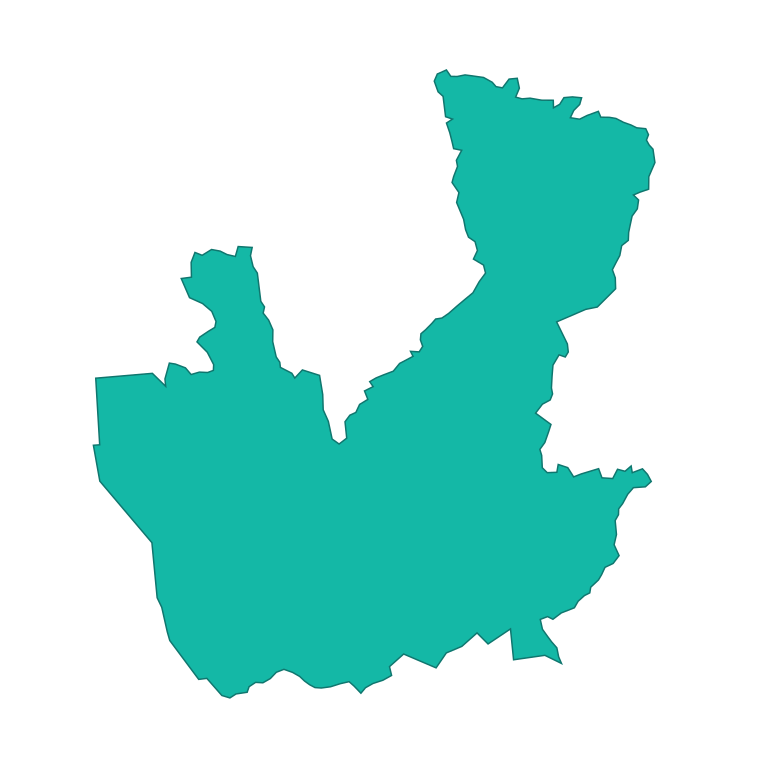 outline of Sinimbu, Rio Grande do Sul, Brazil, rotated 83°
{"feature_id": "56859067B40760381762709", "entity_name": "Sinimbu", "entity_type": "district", "adm_level": 2, "iso_a3": "BRA", "parent_name": "Brazil", "parent_adm1": "Rio Grande do Sul", "projection": "orthographic", "projection_center": [-52.601, -29.445], "detail": "fine", "context": "isolated", "style": "filled", "palette": "teal", "viewbox_px": 768, "rotation_deg": 83, "n_neighbors": 0, "source": "geoboundaries", "source_scale": "gbopen_adm2", "svg_char_len": 3463}
<svg xmlns="http://www.w3.org/2000/svg" viewBox="0 0 768 768"><g transform="rotate(83 384 384)"><path d="M499.7,137.8L502.3,148.4L495.5,148.7L500.0,155.4L497.1,162.6L505.7,168.5L503.7,179.1L494.2,181.3L497.3,199.2L499.3,207.1L489.4,211.8L485.1,220.9L492.7,223.2L491.9,232.8L486.4,237.1L474.1,236.2L467.9,237.3L461.7,231.5L451.6,226.5L444.5,223.2L440.2,227.8L431.4,237.1L423.3,229.2L420.1,221.0L414.4,217.9L408.3,218.3L396.5,216.2L385.9,214.0L376.4,206.7L379.3,200.8L374.7,197.2L366.6,197.1L343.4,205.1L334.5,174.7L333.6,162.9L317.7,142.5L306.8,141.5L298.4,143.4L291.6,138.8L285.2,134.3L275.6,131.2L271.2,124.0L263.4,122.7L257.4,120.7L247.6,117.3L241.0,111.2L232.4,108.9L226.8,113.4L224.8,106.6L222.9,97.6L210.5,95.9L197.2,88.1L183.7,88.4L179.1,91.7L173.9,93.8L168.8,91.1L162.5,93.1L160.5,102.0L157.0,107.3L153.4,114.5L148.7,121.4L146.8,127.7L145.6,136.3L139.5,138.0L142.2,149.6L145.0,157.6L142.4,166.6L135.6,162.3L130.4,155.7L124.0,153.0L122.0,162.0L121.7,170.5L127.8,175.5L130.5,182.1L123.0,181.4L121.5,193.0L118.1,204.2L117.8,212.2L115.3,218.4L106.9,213.6L96.8,214.5L96.6,222.7L104.5,230.3L102.5,236.6L97.7,239.8L91.9,247.8L88.8,259.3L87.1,265.9L87.7,273.9L86.8,280.2L79.9,283.8L82.8,293.3L89.5,297.2L100.6,294.7L105.7,290.3L114.5,290.3L126.2,290.3L129.4,283.7L132.6,290.2L142.6,288.1L152.1,286.9L158.9,286.2L161.5,278.4L170.8,284.9L177.0,284.5L186.6,289.6L192.3,291.9L203.1,286.3L212.7,289.8L230.2,284.9L240.8,284.2L248.6,282.2L253.8,276.3L262.9,275.0L270.9,280.0L278.1,270.7L286.3,269.7L294.0,277.0L304.3,284.6L309.8,293.2L315.7,302.3L321.8,311.2L325.6,318.5L325.8,324.8L329.6,329.0L335.3,336.2L338.6,341.2L344.6,342.5L351.4,341.0L356.4,345.2L354.8,353.7L360.1,351.8L365.5,366.0L372.4,373.2L374.9,383.4L377.0,391.1L379.9,397.9L385.3,395.1L388.5,404.2L397.3,401.9L401.3,410.7L408.8,415.4L410.8,421.7L416.7,427.3L433.2,427.6L438.1,435.9L432.3,442.2L414.3,443.8L402.2,447.5L387.0,446.1L367.6,446.9L360.1,463.3L367.2,471.8L362.1,474.2L354.9,484.8L349.7,484.8L344.0,487.7L328.4,489.3L316.7,487.7L306.6,490.7L298.9,495.3L292.9,493.2L286.9,496.2L270.2,496.2L258.5,496.2L251.6,499.6L240.4,500.9L232.4,498.2L229.8,512.0L239.3,516.0L236.4,524.0L232.1,530.5L229.5,538.8L234.1,548.8L230.4,555.6L239.8,560.6L254.5,562.1L254.6,572.4L274.6,566.5L282.0,554.3L290.9,546.1L301.5,543.1L307.2,545.0L310.2,551.7L315.0,561.2L319.4,564.5L331.0,555.5L344.0,550.7L349.7,551.7L351.1,557.6L349.7,565.8L351.1,574.3L343.8,579.1L338.8,588.6L337.1,594.5L352.3,600.8L359.7,601.0L345.2,612.6L343.1,669.4L409.7,673.6L409.4,679.9L445.8,677.9L513.2,633.7L568.5,635.2L578.6,631.8L603.6,629.3L612.5,627.9L654.6,603.9L654.6,595.7L673.4,582.9L676.8,575.2L673.6,568.6L673.3,557.4L668.0,554.8L664.5,547.8L665.8,540.6L662.5,532.7L657.0,526.0L655.0,518.1L659.1,509.9L664.0,503.3L669.1,499.1L673.4,494.5L676.9,489.5L678.1,483.2L678.0,474.0L676.1,463.8L675.2,454.9L680.2,450.5L688.1,444.6L683.2,439.4L679.9,431.4L677.9,421.2L674.2,412.0L665.2,413.0L654.4,397.4L672.1,366.9L658.5,354.9L653.9,338.7L642.4,322.0L654.7,312.4L642.5,288.3L673.5,289.0L672.9,257.4L683.0,241.9L676.1,243.9L666.9,244.6L660.3,249.1L654.5,252.4L646.8,256.6L636.7,257.6L634.8,250.0L638.1,245.0L632.8,235.9L629.3,222.3L623.3,217.8L618.4,210.8L616.4,205.2L610.9,203.6L604.6,195.0L599.8,191.3L592.9,187.0L590.0,178.4L583.0,171.6L571.6,175.2L561.7,171.6L547.7,171.2L542.3,167.2L536.5,166.3L531.8,161.7L523.2,155.6L517.3,149.1L517.9,137.1L513.3,130.6L505.8,133.5L499.7,137.8Z" fill="#14b8a6" stroke="#0f766e" stroke-width="1.5"/></g></svg>